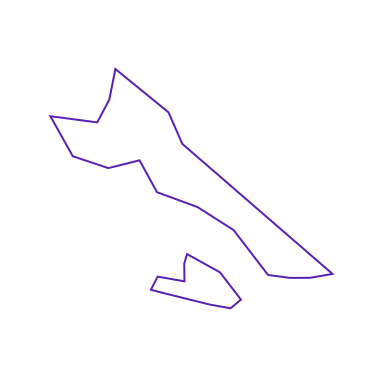 Baie Sainte Anne, Albers equal-area conic projection, rotated 190°
{"feature_id": "SYC-5204", "entity_name": "Baie Sainte Anne", "entity_type": "state/province", "adm_level": 1, "iso_a3": "SYC", "parent_name": "Seychelles", "parent_adm1": "", "projection": "albers", "projection_center": [55.733, -4.314], "detail": "fine", "context": "isolated", "style": "outline", "palette": "violet", "viewbox_px": 384, "rotation_deg": 190, "n_neighbors": 0, "source": "natural_earth", "source_scale": "10m", "svg_char_len": 493}
<svg xmlns="http://www.w3.org/2000/svg" viewBox="0 0 384 384"><g transform="rotate(190 192 192)"><path d="M39.4,135.7L60.8,128.0L80.8,124.4L102.7,123.5L144.4,161.7L183.9,178.1L226.4,185.7L249.2,214.1L278.6,201.0L315.6,206.5L344.6,242.0L297.4,244.1L289.5,268.5L288.8,299.8L229.0,266.4L209.9,237.7L39.4,135.7ZM125.1,94.5L133.8,84.2L154.5,84.2L202.4,87.5L215.5,88.6L211.1,102.7L183.9,102.7L187.2,120.2L186.1,130.0L150.4,117.7L125.1,94.5Z" fill="none" stroke="#5b21b6" stroke-width="2"/></g></svg>